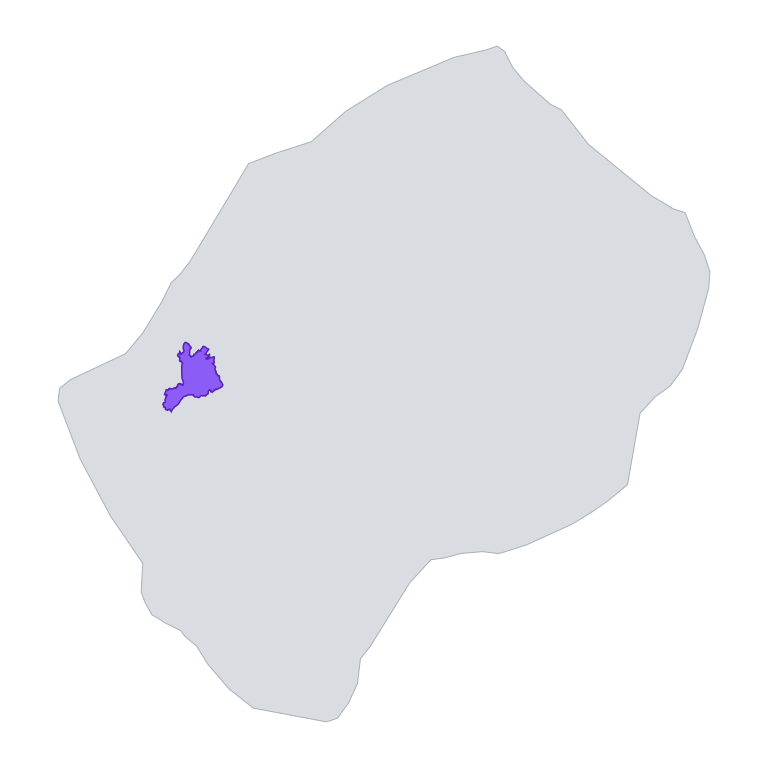 location of Makhoarane, Maseru, Lesotho
{"feature_id": "5366337B32255205566264", "entity_name": "Makhoarane", "entity_type": "district", "adm_level": 2, "iso_a3": "LSO", "parent_name": "Lesotho", "parent_adm1": "Maseru", "projection": "robinson", "projection_center": [27.527, -29.591], "detail": "fine", "context": "in_parent", "style": "filled", "palette": "violet", "viewbox_px": 768, "rotation_deg": 0, "n_neighbors": 0, "source": "geoboundaries", "source_scale": "gbopen_adm2", "svg_char_len": 6925}
<svg xmlns="http://www.w3.org/2000/svg" viewBox="0 0 768 768"><path d="M526.9,544.7L501.8,552.8L498.3,553.5L482.3,551.6L460.8,553.5L444.0,558.0L430.9,559.7L409.6,582.9L370.7,645.7L360.4,658.8L357.5,683.5L348.5,703.0L337.5,718.2L326.7,721.9L294.5,715.9L253.2,708.1L229.2,689.1L207.8,664.2L196.6,646.1L184.8,636.2L180.7,630.6L163.9,622.3L157.6,617.9L152.0,614.9L145.2,602.8L141.2,592.4L142.7,563.3L130.9,545.9L110.6,516.3L97.7,492.0L80.1,458.9L69.3,430.5L58.1,401.1L59.6,388.5L70.2,379.8L101.5,365.0L125.7,353.6L143.0,332.6L162.0,301.4L171.2,282.6L180.4,274.0L190.5,260.7L208.1,231.3L227.7,198.7L248.6,163.6L275.1,153.4L311.2,141.7L346.0,111.1L387.4,85.3L454.2,57.3L485.4,50.1L497.2,46.1L504.7,51.4L512.6,67.4L523.9,80.8L550.2,104.2L561.4,109.8L588.5,144.4L617.5,168.1L650.9,195.4L673.6,209.0L685.2,212.7L694.7,236.9L704.4,254.9L709.9,271.7L708.7,288.1L697.9,328.2L682.4,369.2L670.0,386.2L654.9,397.0L640.1,413.2L634.3,446.0L627.5,484.7L608.3,500.6L593.3,511.1L572.6,523.9L526.9,544.7Z" fill="#d9dde1" stroke="#a8b0b8" stroke-width="1"/><path d="M171.3,411.7L171.6,411.2L171.8,410.4L172.2,409.9L172.6,409.1L173.5,408.3L174.6,406.9L177.3,405.0L178.3,404.0L179.1,402.9L180.6,400.4L182.8,397.9L183.0,397.1L184.0,396.6L184.7,396.2L185.4,396.2L186.3,395.9L186.7,395.8L187.3,395.1L189.3,395.0L189.9,394.7L190.5,394.7L190.8,394.9L191.4,394.6L192.5,395.0L193.3,394.7L193.5,395.0L193.4,395.4L193.7,395.7L194.0,396.3L195.0,397.0L195.8,397.1L196.2,396.9L196.7,396.9L198.6,397.6L199.3,397.4L199.6,396.9L199.9,396.8L200.5,396.1L200.9,395.9L201.3,395.6L201.9,395.5L202.6,395.9L203.3,395.9L203.7,395.7L204.0,395.8L204.6,395.6L205.0,395.9L205.3,395.7L205.5,395.9L205.8,395.6L206.1,395.5L206.5,394.5L207.4,394.4L207.8,394.1L207.8,393.9L208.1,393.7L208.1,393.3L208.3,393.0L208.3,391.6L208.5,390.9L209.0,390.6L208.9,390.4L209.5,389.9L210.2,389.9L210.5,390.3L210.8,390.4L210.7,390.7L210.8,391.0L210.7,391.4L211.0,391.9L211.5,392.0L212.2,392.3L212.5,391.7L213.2,391.5L213.5,391.0L213.8,391.0L214.0,390.2L214.7,390.2L215.0,390.0L215.2,389.8L216.1,389.4L216.0,389.1L216.5,389.1L216.9,389.4L217.2,389.0L217.5,389.1L218.0,388.7L218.5,388.7L219.0,388.0L220.0,388.0L221.2,387.0L221.6,387.1L222.1,386.6L222.3,386.2L222.4,385.6L222.7,385.2L222.9,384.9L222.4,384.1L222.0,383.0L221.7,382.6L221.2,382.2L221.1,381.7L220.9,381.7L220.8,381.3L220.4,381.0L220.2,380.5L219.8,380.1L219.7,379.7L219.4,378.1L219.5,377.3L219.4,376.2L219.1,375.8L218.7,375.9L218.3,375.6L217.9,375.7L217.6,375.4L217.6,375.1L217.5,374.9L217.5,374.7L217.3,374.7L217.3,374.4L217.2,374.2L216.6,373.8L216.5,373.5L216.4,373.7L216.2,373.6L216.0,373.4L216.1,373.0L215.9,372.9L216.1,372.4L216.1,372.1L215.9,372.0L216.0,371.5L215.8,371.4L215.8,371.0L215.6,370.9L215.3,370.2L215.1,370.0L215.1,369.7L214.9,369.6L215.3,367.8L215.2,367.1L215.4,367.0L215.2,366.5L214.9,366.1L214.6,365.6L214.0,365.1L213.6,364.4L213.6,364.1L213.2,364.1L213.1,363.9L212.5,363.8L212.4,363.4L213.5,363.1L214.3,362.7L214.3,362.2L214.1,361.7L214.0,361.3L214.0,360.7L214.1,360.4L214.0,360.1L214.1,359.7L213.9,359.5L214.0,358.7L214.3,358.3L214.3,357.7L214.4,357.2L214.0,356.7L213.8,356.7L213.3,356.8L212.4,357.3L211.6,357.5L211.1,357.5L210.3,357.2L209.8,357.7L209.6,357.7L209.5,357.9L209.0,358.2L208.9,358.6L208.0,358.8L207.5,359.1L206.9,359.2L206.6,359.0L206.4,358.7L206.1,358.7L205.9,358.4L206.0,358.1L206.8,357.9L207.8,357.2L208.2,356.8L208.7,356.5L209.2,355.8L209.6,355.0L209.5,354.3L209.0,354.6L208.8,354.9L208.6,355.1L207.1,355.1L206.7,354.9L205.8,354.6L205.7,354.3L205.4,354.4L205.0,354.3L205.7,353.8L205.8,353.5L206.2,353.3L206.7,352.0L207.5,351.0L207.8,350.8L208.0,350.5L208.0,350.2L208.7,349.6L208.5,348.9L206.8,348.4L206.4,348.0L206.0,347.5L205.8,347.4L205.5,347.1L204.8,346.9L204.2,346.5L203.5,346.4L202.7,346.7L202.7,347.1L202.6,347.4L202.6,347.6L202.7,347.8L202.5,348.1L201.9,348.3L201.2,349.3L200.9,349.4L200.8,350.4L200.8,350.6L200.7,350.9L200.4,350.7L200.0,351.0L199.0,350.5L198.7,350.1L198.4,350.4L198.2,350.5L198.2,350.9L197.7,351.0L197.5,351.4L197.4,351.8L197.5,352.1L197.3,352.1L197.1,351.9L196.8,351.9L196.5,352.2L196.4,352.4L196.0,352.6L196.1,353.0L195.9,353.6L194.9,354.4L194.4,354.5L194.2,354.6L194.0,354.3L193.9,354.5L194.0,355.0L193.7,355.2L193.8,355.4L193.7,355.5L193.2,355.8L193.1,356.1L192.9,356.0L192.2,356.2L192.0,356.6L191.7,356.8L191.3,356.9L191.1,356.7L190.8,356.8L190.8,356.6L191.1,356.4L190.6,355.8L189.1,354.9L189.4,354.3L189.8,352.1L189.7,351.5L189.4,350.7L189.4,350.4L189.6,350.1L190.1,349.7L191.0,348.5L191.1,347.5L191.0,347.1L190.3,347.2L190.2,347.0L190.1,346.1L189.7,345.9L189.6,345.5L189.4,345.3L189.2,344.9L188.7,344.9L188.6,344.5L188.7,344.1L188.6,343.9L188.0,343.5L187.8,343.6L187.3,343.3L186.8,342.8L186.2,342.5L185.8,342.3L185.2,342.5L184.0,343.7L183.8,344.2L183.7,344.9L183.4,345.3L183.4,345.8L183.1,347.7L183.2,348.1L183.3,348.3L183.3,348.8L183.5,349.1L183.6,349.4L183.5,349.8L183.8,350.1L183.9,350.5L183.9,350.9L183.8,351.3L183.9,351.5L183.8,352.0L182.8,352.6L182.7,352.8L182.4,352.8L181.9,353.3L181.6,353.8L180.9,354.4L180.5,354.4L180.7,353.2L180.2,352.0L179.7,351.5L179.7,352.1L179.4,352.9L179.1,353.3L179.1,353.6L178.6,353.8L178.4,354.2L177.8,354.3L177.6,355.3L178.1,356.4L178.4,356.4L178.6,356.3L179.0,356.5L178.9,356.9L179.0,357.1L179.3,357.4L179.7,357.4L179.7,357.7L179.5,357.8L179.6,358.2L179.7,358.7L179.7,360.0L179.6,360.6L179.7,361.1L180.1,361.5L180.4,361.2L180.5,361.4L181.5,361.3L181.7,362.5L182.3,363.4L182.6,363.5L182.2,364.1L181.7,365.1L181.7,366.1L181.8,374.3L182.0,378.1L183.5,382.7L182.8,385.3L182.4,385.3L182.1,384.8L181.8,384.8L181.7,384.5L181.3,384.5L181.0,384.0L180.8,384.2L180.6,384.1L180.3,384.1L180.2,383.6L179.8,383.5L179.1,383.7L178.6,383.7L178.4,383.9L178.4,384.4L178.3,384.7L177.7,384.8L177.7,385.1L177.5,385.3L177.4,385.9L177.6,386.4L177.3,386.8L177.0,386.7L176.5,386.8L176.4,387.1L176.1,387.4L176.2,388.0L176.0,388.4L175.6,388.2L175.3,387.6L175.1,387.6L174.5,388.1L174.0,388.0L173.9,388.2L173.7,388.2L173.6,388.4L173.3,388.6L173.0,388.7L172.5,388.7L172.2,388.9L171.6,388.8L171.2,389.0L170.9,388.9L170.7,388.5L170.0,388.6L170.0,388.9L169.8,389.0L169.5,388.8L169.4,388.5L169.2,388.6L168.6,388.8L168.6,389.2L168.3,389.6L168.2,390.2L167.6,390.4L167.4,390.1L166.3,389.7L166.1,389.9L166.1,390.5L165.8,390.9L165.7,391.5L165.2,392.7L165.2,393.1L164.7,393.5L164.6,394.6L165.0,394.5L165.6,395.2L166.4,394.7L166.8,394.7L167.1,395.0L167.1,395.5L167.0,395.8L166.5,396.2L165.9,396.9L165.9,397.0L166.1,397.6L165.7,397.8L165.5,398.7L165.0,399.4L165.2,399.8L165.0,400.7L165.1,401.5L164.9,402.4L163.9,402.6L163.3,403.1L163.2,403.5L163.5,403.3L163.5,403.5L163.3,404.2L163.1,404.6L163.2,404.9L163.6,405.3L163.6,406.6L163.6,406.9L164.1,407.2L165.3,407.4L165.4,407.6L165.3,408.4L165.3,409.1L165.9,409.7L166.7,409.6L167.2,410.2L167.5,410.3L167.8,409.8L168.1,409.6L168.4,409.8L168.7,409.8L168.8,409.5L169.2,409.5L169.3,409.1L169.7,409.1L169.7,409.7L170.0,409.8L170.1,410.3L170.4,410.7L171.0,411.1L171.3,411.7Z" fill="#8b5cf6" stroke="#5b21b6" stroke-width="1.5"/></svg>